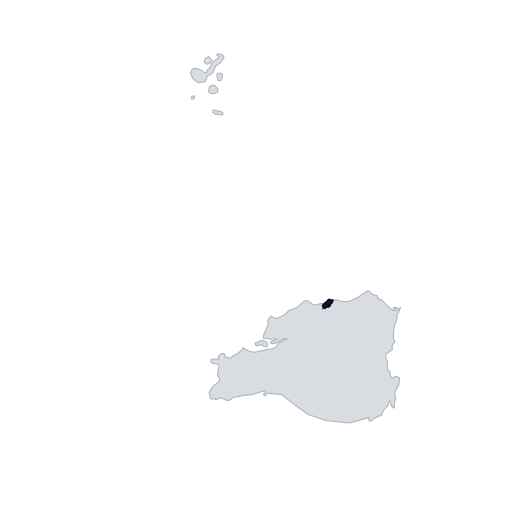 location of San Vicente, Manabi, Ecuador, rotated 63°
{"feature_id": "8360857B32619791172197", "entity_name": "San Vicente", "entity_type": "district", "adm_level": 2, "iso_a3": "ECU", "parent_name": "Ecuador", "parent_adm1": "Manabi", "projection": "equal_earth", "projection_center": [-80.343, -0.465], "detail": "fine", "context": "in_parent", "style": "filled", "palette": "ink", "viewbox_px": 512, "rotation_deg": 63, "n_neighbors": 0, "source": "geoboundaries", "source_scale": "gbopen_adm2", "svg_char_len": 5668}
<svg xmlns="http://www.w3.org/2000/svg" viewBox="0 0 512 512"><g transform="rotate(63 256 256)"><path d="M454.3,201.7L452.9,202.9L449.7,203.4L447.0,202.3L446.0,202.3L445.9,203.4L449.3,206.4L450.9,211.6L453.3,214.8L454.8,216.4L454.9,217.5L454.4,219.6L454.3,221.4L455.1,229.4L454.6,229.9L452.8,229.9L451.3,228.5L447.3,248.3L434.7,268.0L420.4,282.0L403.9,290.1L391.7,295.7L389.8,297.9L383.9,307.8L383.6,308.8L384.4,310.5L384.5,311.5L383.6,312.2L382.8,312.3L382.5,311.8L382.2,310.6L381.4,309.4L380.5,309.0L379.9,309.3L379.9,310.4L378.7,315.8L378.6,318.4L378.1,319.4L378.1,321.7L376.9,323.9L376.0,327.5L375.0,328.6L373.7,334.2L371.8,339.7L371.7,341.6L372.3,342.9L372.5,344.0L371.7,347.4L367.4,350.7L366.3,352.4L365.8,354.2L366.1,355.8L366.0,357.1L364.6,357.5L363.2,360.7L362.2,361.4L359.5,360.3L357.5,360.3L356.0,359.3L353.0,354.0L351.9,350.9L351.5,346.6L348.6,343.9L344.7,344.6L343.6,343.6L340.7,341.8L338.3,339.7L336.4,338.7L335.0,339.2L332.7,342.6L330.5,344.2L329.5,344.1L328.2,343.1L328.0,341.9L331.2,335.8L328.8,335.7L328.0,334.4L327.8,332.9L327.4,331.3L327.9,329.3L329.2,328.3L331.1,329.1L332.5,329.2L333.3,327.3L335.1,325.9L335.5,325.0L334.5,322.1L334.3,320.5L334.5,319.6L334.5,316.4L333.9,315.2L333.9,313.4L333.4,312.4L333.2,310.2L331.9,309.0L335.9,306.9L337.4,305.3L339.2,303.8L340.7,301.5L341.7,299.3L344.1,289.1L346.4,282.6L346.0,279.5L344.1,275.3L343.7,269.1L343.9,267.3L343.6,265.9L342.4,268.4L342.7,277.5L341.6,281.6L340.1,282.6L339.1,281.9L339.7,275.2L338.5,276.4L336.7,280.9L333.8,284.3L333.6,285.4L332.9,286.8L330.6,285.5L328.9,284.1L323.2,276.6L319.4,275.1L317.2,272.4L316.7,271.3L316.4,269.8L318.8,268.3L321.1,266.2L321.4,261.5L321.3,257.9L319.5,251.6L320.4,243.5L319.9,240.3L317.9,233.5L319.4,230.1L324.7,227.6L326.4,226.0L327.6,220.6L328.8,217.4L331.1,218.7L333.0,218.5L330.5,217.3L328.4,212.5L328.1,210.3L332.0,203.7L334.1,201.9L336.6,198.4L338.7,193.1L339.2,184.8L338.3,178.9L337.7,172.6L338.9,170.9L342.2,170.1L344.8,168.1L346.1,166.2L349.2,166.5L352.8,163.6L358.5,162.1L366.5,158.8L368.3,155.8L367.5,150.6L370.5,153.8L371.8,156.3L376.0,159.0L380.8,164.0L384.0,166.6L387.5,168.8L392.5,171.2L395.6,170.8L396.9,174.6L398.1,175.7L401.0,176.9L401.3,177.4L402.4,184.3L403.0,185.3L405.5,186.4L408.6,186.9L409.9,186.6L412.6,188.5L416.8,190.1L418.3,190.3L419.0,190.0L419.2,189.3L420.5,189.5L422.3,190.3L424.9,190.5L426.6,189.7L426.9,185.8L427.5,185.0L429.4,183.6L430.4,183.9L435.3,186.9L436.3,188.0L437.5,190.1L439.9,193.3L442.4,195.3L446.2,196.2L450.0,199.5L454.3,201.7ZM66.1,197.4L67.6,199.5L68.5,205.5L73.3,211.9L73.9,215.4L73.5,217.1L73.7,217.7L76.1,220.2L77.6,222.8L75.0,229.0L69.6,231.6L63.7,231.5L62.6,230.8L61.0,228.5L60.7,226.4L61.6,224.4L64.6,221.3L69.2,218.6L69.8,216.5L68.0,214.5L66.7,210.5L63.8,207.6L62.3,199.0L61.4,198.6L59.4,199.8L58.4,198.7L58.2,198.2L60.4,196.2L60.8,194.8L64.0,194.1L65.3,195.2L66.1,197.4ZM88.9,223.5L87.6,223.5L83.9,220.4L84.1,217.3L85.6,215.2L90.5,214.1L92.5,216.1L92.3,219.8L90.7,222.5L89.4,223.0L88.9,223.5ZM336.6,295.5L336.2,296.7L333.8,296.6L333.2,296.2L333.7,290.2L334.4,288.3L336.3,286.4L337.9,285.5L339.9,285.7L342.0,287.4L339.5,290.4L337.5,291.3L336.6,295.5ZM62.4,213.3L60.0,213.9L57.9,212.8L57.0,211.0L56.9,208.4L57.0,207.5L61.6,206.6L63.0,208.8L63.0,212.0L62.4,213.3ZM111.1,228.0L108.3,229.4L106.7,228.1L106.5,227.3L108.1,225.3L109.7,224.2L111.0,221.9L113.6,220.5L114.3,220.8L114.8,221.3L115.0,222.1L114.1,223.9L112.6,225.3L111.1,228.0ZM83.1,209.2L82.0,210.1L77.4,209.0L75.9,207.1L77.1,204.5L78.1,203.5L80.8,204.4L83.6,207.3L83.1,209.2ZM86.8,242.1L85.8,242.1L84.4,240.7L85.5,238.2L87.4,239.5L87.8,240.5L86.8,242.1ZM366.3,157.3L364.9,157.5L364.3,155.9L366.0,154.1L366.5,153.8L366.3,157.3Z" fill="#d9dde1" stroke="#a8b0b8" stroke-width="1"/><path d="M334.4,214.3L334.4,214.2L334.3,213.9L334.2,213.9L334.1,213.7L334.2,213.3L334.3,213.3L334.3,213.2L334.2,213.1L333.9,213.0L333.7,213.1L333.7,212.9L333.6,213.0L333.5,212.9L333.4,212.8L333.2,212.9L333.2,212.7L333.2,212.4L333.1,212.2L333.1,212.3L333.1,212.2L332.9,212.1L333.0,212.0L333.0,211.9L332.9,211.8L332.9,211.7L332.8,211.4L332.7,211.4L332.5,211.2L332.4,211.0L332.4,210.9L332.3,210.7L332.2,210.6L332.2,210.4L332.3,210.3L332.3,210.2L332.3,210.3L332.3,210.2L332.2,210.0L332.3,210.0L332.3,209.9L332.2,209.9L332.2,209.7L332.1,209.4L331.9,209.3L331.9,209.2L331.5,209.2L331.4,209.1L331.2,209.0L331.1,208.9L330.9,208.7L330.9,208.3L330.9,208.2L330.9,207.9L330.8,207.7L330.7,207.5L330.5,207.4L330.4,207.4L330.3,207.2L330.3,207.4L330.2,207.7L330.2,207.8L330.0,208.3L329.9,208.4L329.8,208.5L329.7,208.5L329.6,208.8L329.5,209.0L329.4,209.1L329.3,209.3L329.2,209.4L329.1,209.5L328.9,209.7L328.8,209.8L328.7,209.9L328.6,210.0L328.4,210.2L328.3,210.3L328.2,210.3L328.1,210.2L327.9,210.3L327.9,210.5L327.8,210.8L327.9,211.1L327.8,211.3L327.9,211.6L328.0,211.6L328.0,211.8L328.1,212.0L328.2,212.6L328.3,212.7L328.4,212.8L328.5,213.0L328.7,213.3L328.8,213.6L328.9,214.4L329.1,215.7L329.1,215.9L329.2,216.1L329.2,216.4L329.2,216.5L329.3,216.6L329.5,216.8L329.6,217.0L329.8,217.3L329.8,217.5L329.9,217.8L329.9,218.0L330.0,218.2L330.0,218.3L330.2,218.6L330.2,218.8L330.2,219.0L330.3,219.1L330.4,219.3L330.5,219.3L331.1,219.1L331.4,219.1L331.5,219.1L331.8,219.3L332.0,219.4L332.3,219.5L332.5,219.6L332.8,219.6L333.0,219.6L333.0,219.4L333.0,219.2L333.1,218.9L333.1,218.7L333.2,218.4L333.1,218.2L333.8,218.1L333.7,218.0L333.6,217.9L333.4,217.8L333.4,217.7L333.3,217.4L333.2,217.3L333.2,217.2L333.3,217.0L333.5,216.9L333.5,216.7L333.6,216.4L333.8,216.2L333.8,215.9L333.8,215.7L333.9,215.4L333.9,215.1L334.0,214.9L333.9,214.7L334.0,214.7L334.3,214.5L334.4,214.4L334.4,214.3ZM333.0,219.7L332.9,219.6L333.0,219.6L333.0,219.7Z" fill="#0f172a" stroke="#020617" stroke-width="1.5"/></g></svg>